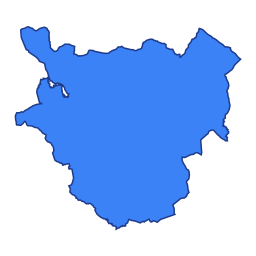 Ajumako-enyan-essiam, Central, Ghana (Mercator projection)
{"feature_id": "2480657B3117094904377", "entity_name": "Ajumako-enyan-essiam", "entity_type": "district", "adm_level": 2, "iso_a3": "GHA", "parent_name": "Ghana", "parent_adm1": "Central", "projection": "mercator", "projection_center": [-1.0, 5.413], "detail": "fine", "context": "isolated", "style": "filled", "palette": "blue", "viewbox_px": 256, "rotation_deg": 0, "n_neighbors": 0, "source": "geoboundaries", "source_scale": "gbopen_adm2", "svg_char_len": 5623}
<svg xmlns="http://www.w3.org/2000/svg" viewBox="0 0 256 256"><path d="M116.2,229.2L118.2,227.9L119.2,227.9L121.2,226.1L122.1,226.5L122.7,225.7L123.1,226.1L124.0,225.9L124.8,226.1L125.6,225.9L125.5,224.4L126.5,223.4L127.5,222.9L128.8,219.4L131.4,220.4L135.4,221.1L140.2,222.9L142.7,221.4L143.5,221.5L144.1,222.0L146.9,220.2L149.1,219.2L150.0,221.1L151.0,222.0L152.5,221.5L153.3,220.8L154.0,220.8L157.3,222.2L160.6,219.4L174.9,214.4L174.2,213.3L174.1,208.3L172.8,204.9L181.0,198.3L184.4,198.0L186.4,196.4L187.4,194.0L189.0,192.4L188.2,190.4L187.4,184.7L186.5,182.1L186.8,181.0L188.8,178.9L189.4,175.3L189.0,171.5L188.4,170.1L186.7,169.2L186.0,168.1L185.5,166.7L183.2,163.0L182.1,160.3L182.1,157.2L184.9,157.5L191.0,154.6L193.5,154.3L195.8,152.7L196.3,152.6L197.9,152.9L201.2,154.8L201.7,152.7L200.7,139.9L207.1,134.3L208.0,133.7L208.7,131.7L210.0,130.7L212.3,130.0L213.5,130.1L217.7,134.8L219.4,136.0L219.5,136.5L221.9,138.5L224.8,140.0L225.4,140.8L227.4,140.8L227.0,138.9L227.4,137.7L226.8,136.9L225.9,136.5L226.3,136.1L226.1,135.5L227.4,134.3L227.6,133.5L228.5,133.1L228.7,131.8L227.3,130.2L227.8,129.7L227.0,129.4L227.1,128.8L226.4,128.4L226.6,128.0L226.1,127.0L225.1,126.9L224.8,126.2L224.4,126.1L223.4,126.4L222.8,125.4L223.4,125.1L223.6,124.0L223.2,122.8L224.3,121.8L223.8,121.5L223.9,121.0L223.5,120.9L223.7,120.5L223.5,120.1L223.7,119.6L223.5,119.3L225.3,118.1L225.2,116.4L225.4,114.7L227.2,113.3L228.0,112.0L229.2,109.4L230.0,105.6L228.9,100.3L228.9,98.7L228.1,97.0L227.6,92.8L226.8,90.9L228.2,88.3L228.0,87.5L228.7,86.6L228.7,84.7L228.3,82.9L226.5,79.0L226.1,77.0L225.4,76.7L224.9,75.6L224.9,75.0L225.1,74.4L226.3,73.9L231.9,69.6L233.1,68.0L234.2,65.7L235.6,64.0L240.6,59.2L238.0,57.1L235.3,53.6L231.6,51.2L230.6,49.5L230.4,47.8L228.1,47.1L224.7,46.7L222.9,44.7L219.7,42.7L216.4,39.9L214.1,38.4L212.7,38.1L211.6,36.6L207.5,34.2L203.4,30.2L201.7,29.2L199.4,28.4L199.1,28.6L198.5,31.7L196.7,33.6L196.7,35.1L196.3,35.8L196.2,37.3L194.7,37.9L193.4,39.3L192.9,39.5L192.3,39.1L192.1,39.3L191.5,40.3L191.4,41.3L190.5,42.6L190.1,42.7L189.7,43.6L188.5,44.6L188.3,47.4L185.9,49.8L184.9,53.3L183.4,54.7L182.3,55.1L181.3,56.6L180.5,57.2L179.6,56.8L180.0,55.5L179.7,54.3L178.6,54.4L177.8,54.9L176.2,54.5L175.8,54.0L174.8,53.7L172.7,49.3L169.7,49.3L168.7,48.6L167.3,48.3L166.6,47.8L165.8,46.2L166.1,44.7L165.3,44.3L164.3,43.4L162.4,43.6L158.1,41.9L157.3,41.0L155.9,41.0L154.5,40.3L153.7,40.4L152.9,39.4L151.1,39.2L149.5,39.4L146.5,40.4L144.4,42.2L143.3,42.4L143.3,43.4L142.7,43.8L142.5,45.5L141.5,48.3L140.3,49.1L138.2,49.4L136.4,50.6L134.9,50.6L133.2,49.7L130.9,49.6L124.1,48.0L121.5,46.3L120.4,47.1L118.2,46.9L116.2,49.2L111.8,50.8L111.0,51.5L110.0,51.9L108.7,53.2L106.7,53.4L102.9,53.1L94.2,51.2L93.5,50.6L89.8,50.2L89.3,50.3L88.7,50.9L87.5,53.9L84.1,55.4L80.8,55.9L79.3,55.8L78.4,56.1L76.5,54.6L73.8,53.9L74.5,50.5L74.4,48.5L74.7,46.4L71.2,45.3L69.2,44.2L64.8,44.2L62.2,46.1L59.3,47.1L57.3,50.5L56.0,51.2L54.4,51.5L50.4,47.8L50.3,44.9L49.8,43.5L50.0,41.7L49.1,40.8L49.2,38.9L49.4,38.8L48.9,36.9L49.2,36.7L49.2,36.1L48.9,35.7L49.2,33.0L49.0,31.8L48.3,30.4L47.1,29.8L47.1,28.5L45.6,27.7L44.3,27.2L40.3,28.3L36.1,30.9L34.4,30.2L32.4,28.3L30.2,27.8L28.8,26.8L26.5,27.2L25.0,28.2L21.6,29.1L20.7,30.0L21.3,37.5L26.3,49.7L28.4,50.5L28.8,52.1L35.6,56.7L37.4,58.3L38.7,59.8L39.4,61.3L44.0,63.1L44.6,63.6L45.8,69.5L46.9,71.0L47.6,72.4L49.0,77.7L49.5,78.7L49.6,79.9L51.9,81.1L52.7,82.3L54.9,83.5L55.5,83.7L57.9,83.0L61.9,84.5L63.2,85.8L64.5,87.8L64.9,89.6L67.4,93.7L68.8,93.9L68.2,95.4L68.4,96.5L67.6,97.3L67.4,97.4L67.0,96.6L66.4,97.1L65.6,96.8L64.4,97.1L64.8,95.6L64.5,95.4L63.1,95.9L63.0,95.2L63.6,94.4L63.0,94.1L62.1,92.2L62.3,91.1L61.8,90.6L62.0,89.9L61.6,87.9L62.2,86.0L61.7,86.0L60.7,85.2L58.5,84.8L56.8,85.6L56.0,84.7L55.6,84.9L55.1,85.9L54.2,85.2L53.7,85.4L53.5,85.9L54.0,87.2L53.4,87.7L52.4,87.5L50.7,87.9L50.5,87.7L51.2,87.0L50.1,86.7L49.4,85.7L49.8,84.2L48.5,83.3L48.5,82.5L49.0,82.0L48.3,82.1L47.8,81.3L48.0,80.7L49.0,79.6L48.8,79.4L48.2,79.7L47.9,78.7L48.1,78.3L47.7,77.7L47.4,78.1L45.9,78.6L44.9,78.7L43.9,78.3L43.7,79.0L43.1,78.6L42.6,79.5L41.8,79.7L40.8,79.5L40.1,83.0L40.5,84.3L39.4,84.3L39.0,85.3L38.4,85.9L38.9,87.0L38.6,87.4L38.0,87.5L38.0,88.3L37.1,89.2L36.8,92.4L39.4,102.3L41.3,103.6L36.0,104.6L33.0,105.8L32.2,106.2L31.8,106.8L30.2,107.4L27.7,109.2L24.9,110.6L23.4,112.0L22.7,112.1L21.6,111.8L19.6,112.7L16.7,112.8L15.4,115.7L15.6,119.6L16.2,121.7L16.4,124.3L16.6,124.9L20.7,125.3L22.6,123.9L24.9,121.3L26.0,122.2L26.7,124.6L27.5,125.6L32.0,126.0L34.8,127.4L37.4,127.8L38.4,128.4L40.2,130.4L41.2,131.0L42.0,132.3L43.2,133.5L45.8,134.6L46.1,135.9L45.2,138.0L45.9,139.8L47.6,141.7L51.1,143.2L51.9,145.1L53.0,146.2L53.6,148.4L53.8,150.5L53.4,151.8L52.6,153.0L54.9,160.1L56.6,161.4L59.0,162.2L59.7,162.9L62.0,163.4L62.2,164.1L62.9,164.5L62.8,165.1L63.3,165.1L63.7,164.5L64.4,164.4L65.1,164.7L65.8,164.2L68.8,163.7L69.3,164.1L69.4,165.4L69.9,166.0L68.7,167.0L68.7,168.1L69.2,169.1L70.5,168.8L72.0,169.2L73.6,178.1L72.3,182.9L71.3,184.9L68.8,185.9L70.3,188.7L69.9,192.1L70.8,192.7L71.1,193.5L72.8,194.8L74.1,195.1L74.8,195.9L75.8,196.5L76.0,198.1L77.1,198.3L78.3,200.2L80.5,200.1L82.3,201.5L83.1,201.4L83.9,201.7L86.3,203.8L87.3,203.6L88.2,203.9L89.3,203.3L89.9,203.3L91.5,204.3L92.3,205.2L92.9,205.4L93.6,206.8L94.7,207.8L95.6,208.3L94.9,210.2L97.1,214.3L100.0,216.7L103.4,218.7L105.7,219.1L106.2,220.0L106.6,219.5L107.1,219.7L107.4,219.2L108.0,220.1L107.6,221.1L108.1,221.6L108.0,222.2L108.5,222.5L108.8,223.5L110.8,223.4L111.1,223.5L111.3,224.1L111.6,223.9L111.8,224.3L112.3,224.1L112.5,225.6L113.8,226.0L114.8,225.8L116.1,226.9L116.3,227.4L116.2,229.2Z" fill="#3b82f6" stroke="#1e3a8a" stroke-width="1.5"/></svg>